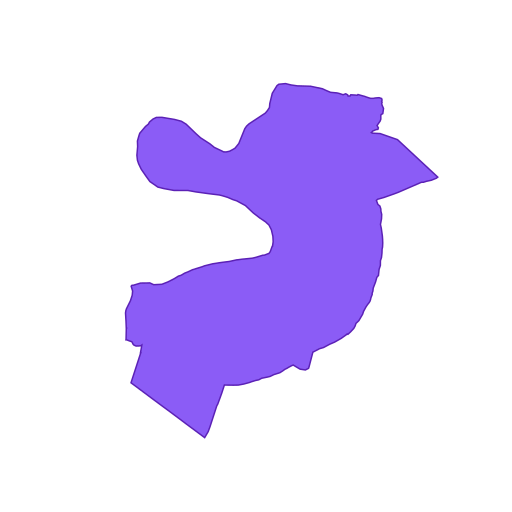 Upper Fuladu West, Central River, Gambia, rotated 288°
{"feature_id": "56634734B91081024976770", "entity_name": "Upper Fuladu West", "entity_type": "district", "adm_level": 2, "iso_a3": "GMB", "parent_name": "Gambia", "parent_adm1": "Central River", "projection": "albers", "projection_center": [-14.638, 13.443], "detail": "fine", "context": "isolated", "style": "filled", "palette": "violet", "viewbox_px": 512, "rotation_deg": 288, "n_neighbors": 0, "source": "geoboundaries", "source_scale": "gbopen_adm2", "svg_char_len": 4027}
<svg xmlns="http://www.w3.org/2000/svg" viewBox="0 0 512 512"><g transform="rotate(288 256 256)"><path d="M136.1,158.2L136.3,159.3L136.2,160.3L136.1,162.4L136.1,163.2L136.1,163.5L136.1,164.0L135.8,164.8L135.6,165.0L134.9,165.6L134.6,165.9L134.4,166.1L134.2,166.4L134.0,166.5L133.9,166.8L133.6,167.3L133.5,167.8L133.3,169.8L133.6,170.5L133.9,171.3L133.9,171.5L134.3,172.5L135.0,174.0L135.2,174.3L135.6,174.6L136.0,174.9L132.3,175.5L128.3,176.0L128.4,176.3L96.8,176.3L93.1,187.2L87.7,203.1L79.3,228.2L74.8,241.3L67.4,263.3L74.2,264.8L79.4,265.0L101.4,265.0L103.4,265.4L103.8,265.4L108.9,265.6L115.1,265.8L123.5,265.8L126.2,274.5L127.8,279.1L130.5,284.0L133.7,288.9L134.9,290.4L137.5,294.1L139.1,296.9L141.5,299.2L144.4,304.3L145.8,306.6L148.3,309.2L148.8,309.7L149.2,310.3L152.4,314.8L155.1,317.0L157.3,318.6L158.7,320.1L159.6,320.9L159.8,321.0L162.8,323.9L163.8,325.1L163.2,327.6L162.0,332.9L162.9,338.2L163.4,338.7L165.4,340.7L167.0,340.7L182.1,339.8L187.5,345.1L189.8,348.5L194.8,353.3L198.4,357.4L204.0,362.5L209.4,366.5L210.1,366.8L209.9,367.6L213.1,369.4L217.4,371.4L220.1,371.9L222.8,371.9L226.3,373.8L233.6,375.4L236.3,375.4L236.5,375.4L241.4,376.3L243.6,376.9L245.6,377.6L246.6,378.0L248.4,378.4L250.0,378.4L251.8,378.2L255.3,378.4L256.4,378.0L258.8,378.0L261.7,377.4L267.9,377.7L268.7,377.7L273.0,377.5L275.4,378.5L276.1,378.3L280.8,377.3L281.5,377.2L285.5,377.2L290.0,375.8L293.4,375.8L297.7,374.9L301.5,373.8L303.6,373.6L307.6,372.5L310.0,371.6L310.4,371.5L314.1,370.0L321.1,366.6L324.5,364.6L330.1,363.9L334.4,362.7L337.3,360.9L339.3,360.2L341.8,358.4L342.7,356.0L346.1,353.3L347.6,354.2L351.2,359.6L357.8,368.2L360.5,371.6L377.2,390.5L377.9,392.5L379.7,395.0L382.2,399.3L385.7,403.5L387.2,404.5L397.0,383.4L410.4,354.6L410.8,336.2L408.8,328.8L409.0,327.6L409.3,327.8L410.4,328.2L410.8,328.3L413.2,331.0L414.1,332.8L415.7,332.8L416.1,332.3L417.5,330.8L422.8,332.4L424.8,332.4L428.1,331.3L429.2,331.3L430.6,332.6L435.7,331.7L438.4,329.3L439.9,328.4L441.3,328.4L441.9,327.7L443.3,327.7L444.6,326.8L444.6,326.6L444.6,324.1L443.1,320.5L442.2,318.9L441.3,316.0L441.3,311.7L441.4,310.2L441.3,308.4L441.1,303.7L441.1,303.1L440.9,303.0L440.2,302.6L440.1,302.4L439.7,300.5L438.6,296.3L438.5,296.2L438.4,296.2L437.4,296.1L437.2,295.9L436.6,294.1L436.8,293.9L437.5,293.5L437.7,292.8L437.8,292.1L438.0,291.4L438.0,291.2L436.3,289.0L436.3,284.7L436.2,283.4L436.1,282.5L434.7,276.3L435.1,271.6L435.6,267.5L434.3,255.4L431.0,244.1L430.7,243.3L429.5,236.4L429.1,230.8L426.4,224.6L424.5,223.3L415.8,221.2L405.2,222.0L401.4,222.9L397.7,221.9L394.8,220.7L394.4,220.4L379.5,208.5L376.6,206.9L373.6,206.0L359.4,205.0L357.7,204.9L352.0,202.7L350.2,201.1L347.5,198.5L345.7,195.4L345.0,192.9L345.3,191.4L346.4,182.8L348.2,178.1L348.4,177.6L351.3,166.7L353.7,161.3L359.8,148.8L361.1,143.4L360.7,136.3L358.8,123.6L357.0,118.4L354.4,115.7L350.5,113.3L348.2,112.9L345.1,110.9L336.8,107.5L333.9,107.5L328.7,107.7L323.5,109.6L315.0,111.6L310.5,113.6L307.5,115.8L303.0,120.1L298.1,126.5L294.0,132.1L291.2,141.4L291.4,143.7L291.6,147.2L293.0,157.7L297.3,171.1L298.4,179.2L298.6,180.2L300.5,190.9L302.7,202.2L302.9,204.9L303.0,208.8L303.0,211.2L302.5,216.6L302.5,220.6L301.6,225.5L300.7,230.4L300.2,231.4L296.1,240.1L293.3,247.9L291.4,254.6L290.7,256.0L289.5,258.7L285.7,262.5L279.9,266.0L274.9,267.9L270.4,268.7L270.2,268.4L264.6,268.2L262.4,267.5L261.7,266.5L259.4,263.7L259.0,262.7L258.9,262.3L254.9,256.6L253.4,254.2L252.7,253.0L252.2,251.8L249.5,245.7L249.3,245.2L248.6,243.6L248.4,243.2L247.3,240.9L247.0,240.3L246.3,238.7L244.2,235.1L242.5,232.2L239.7,226.2L238.2,223.1L236.9,220.6L235.2,217.2L230.7,210.0L229.2,208.2L223.3,199.8L219.9,196.2L217.7,193.5L214.5,190.7L212.9,188.4L209.9,185.9L208.8,184.9L204.1,180.2L200.0,175.2L197.1,167.6L197.6,163.3L197.1,162.0L195.4,157.0L194.6,154.6L190.1,148.1L189.9,147.2L189.6,147.0L188.7,146.6L184.5,149.5L180.4,150.4L174.6,150.4L165.8,149.1L163.8,149.1L161.5,149.5L154.1,152.4L147.3,154.9L147.3,155.1L147.1,155.0L136.5,158.2L136.1,158.2Z" fill="#8b5cf6" stroke="#5b21b6" stroke-width="1.5"/></g></svg>